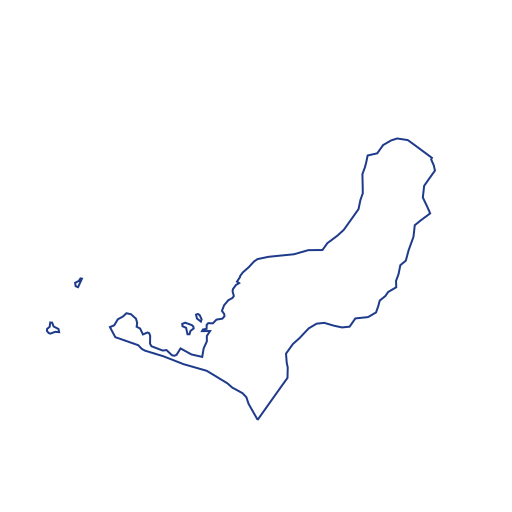 the district of Kumya, Hamgyŏng-namdo, North Korea, rotated 125°
{"feature_id": "82179303B64116140751716", "entity_name": "Kumya", "entity_type": "district", "adm_level": 2, "iso_a3": "PRK", "parent_name": "North Korea", "parent_adm1": "Hamgyŏng-namdo", "projection": "equal_earth", "projection_center": [127.363, 39.407], "detail": "fine", "context": "isolated", "style": "outline", "palette": "blue", "viewbox_px": 512, "rotation_deg": 125, "n_neighbors": 0, "source": "geoboundaries", "source_scale": "gbopen_adm2", "svg_char_len": 2306}
<svg xmlns="http://www.w3.org/2000/svg" viewBox="0 0 512 512"><g transform="rotate(125 256 256)"><path d="M282.3,257.2L282.5,257.0L287.9,256.9L287.9,254.3L291.2,255.8L296.4,255.9L298.4,254.9L301.5,251.2L303.8,251.2L308.1,253.3L314.6,253.9L320.5,252.4L321.8,248.7L323.4,247.3L326.6,247.6L330.8,251.9L335.9,252.7L338.4,256.6L340.7,256.9L344.0,254.7L346.6,257.3L348.5,257.1L343.8,250.6L349.7,250.4L354.1,247.3L361.7,245.9L369.5,242.2L373.7,252.5L375.0,264.8L382.5,264.4L384.6,265.7L385.5,267.9L384.4,275.3L387.0,278.3L389.5,288.3L389.9,289.9L388.6,292.5L382.1,296.9L380.5,299.2L380.9,301.0L385.1,303.6L381.9,309.3L382.4,313.2L378.9,315.0L376.2,318.4L375.4,325.0L377.2,329.3L381.9,330.3L387.1,332.9L394.1,332.4L398.0,334.9L403.0,325.1L403.2,324.7L396.6,301.3L397.6,296.4L397.2,292.6L391.3,274.5L386.2,253.4L382.4,242.4L378.3,230.5L376.7,206.3L377.4,200.1L376.1,188.3L377.2,182.9L381.3,177.4L389.0,161.2L389.3,160.8L389.5,160.7L373.4,160.6L358.2,160.5L346.3,160.4L337.8,160.3L329.2,166.0L325.7,169.7L318.8,175.4L306.9,175.3L298.5,173.3L285.0,171.3L276.6,167.5L271.6,161.7L268.4,152.2L265.2,144.6L260.2,138.8L253.5,138.8L250.1,138.8L245.1,133.0L241.8,129.2L233.4,125.3L226.6,127.2L221.5,129.1L214.7,127.1L209.6,127.1L201.2,123.2L199.3,124.6L196.1,127.0L189.2,128.8L180.7,132.5L173.9,130.6L163.7,134.3L150.0,138.0L139.7,143.6L133.0,141.7L121.2,137.8L117.7,143.5L112.4,152.9L102.1,158.5L93.6,158.5L83.4,158.4L79.9,162.2L76.4,167.9L74.7,168.2L74.6,171.6L74.3,183.0L74.1,190.6L74.0,198.2L78.8,207.8L83.8,211.6L92.2,215.5L102.4,215.6L109.6,222.2L115.9,219.5L121.0,217.6L127.9,215.8L138.2,208.2L143.4,204.5L150.2,202.6L158.8,198.9L172.4,199.0L184.2,199.1L192.7,201.0L204.5,204.9L213.0,205.0L221.2,216.5L232.9,226.0L239.5,233.7L249.4,245.2L257.7,253.0L261.7,254.5L269.3,255.5L277.0,257.4L281.3,257.5L282.3,257.2ZM437.3,384.3L438.0,381.6L437.5,379.9L433.3,377.0L431.3,373.6L429.1,375.9L429.8,381.4L427.5,384.8L428.5,386.4L432.4,384.4L435.6,385.3L437.3,384.3ZM351.1,265.5L349.8,266.8L349.4,268.8L351.2,275.7L353.9,277.5L355.7,275.9L354.9,272.1L359.4,267.2L358.3,265.6L355.0,266.7L351.1,265.5ZM384.2,386.4L383.6,383.9L374.4,385.6L375.0,386.9L378.2,386.9L381.7,388.8L384.2,386.4ZM341.1,268.5L341.3,263.5L339.0,264.3L336.8,268.1L336.7,270.2L338.4,271.5L341.1,268.5Z" fill="none" stroke="#1e3a8a" stroke-width="2"/></g></svg>